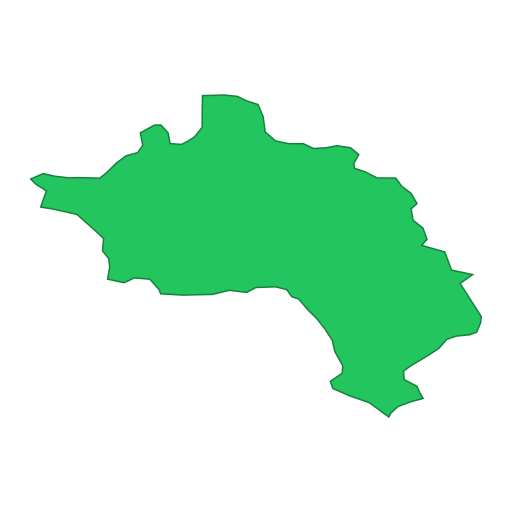 Örebro, Orebro, Sweden
{"feature_id": "70781695B32779810801713", "entity_name": "Örebro", "entity_type": "district", "adm_level": 2, "iso_a3": "SWE", "parent_name": "Sweden", "parent_adm1": "Orebro", "projection": "robinson", "projection_center": [15.349, 59.26], "detail": "fine", "context": "isolated", "style": "filled", "palette": "green", "viewbox_px": 512, "rotation_deg": 0, "n_neighbors": 0, "source": "geoboundaries", "source_scale": "gbopen_adm2", "svg_char_len": 1437}
<svg xmlns="http://www.w3.org/2000/svg" viewBox="0 0 512 512"><path d="M423.1,398.4L420.1,393.3L416.8,386.2L404.2,379.6L403.5,371.1L410.8,365.8L429.3,354.7L439.1,348.1L447.0,339.2L456.3,336.1L470.1,334.7L476.7,332.1L480.6,322.8L481.3,316.6L464.2,289.8L460.2,283.6L460.1,283.4L472.6,274.6L451.5,270.1L444.8,252.0L421.7,245.4L427.0,239.3L423.0,228.2L413.1,220.3L411.1,208.8L417.0,203.6L411.1,193.4L401.9,186.4L395.6,178.0L377.3,178.0L365.0,171.8L354.7,168.4L353.7,163.6L358.8,154.6L350.6,147.8L337.2,145.7L325.9,147.8L313.5,148.5L303.3,143.7L288.9,143.7L275.5,140.9L265.2,132.0L263.2,116.9L258.1,104.6L245.7,100.5L237.5,96.4L224.2,95.0L202.5,95.6L202.2,113.3L202.2,127.3L194.6,136.8L188.2,141.0L181.5,144.4L170.1,143.6L168.1,132.9L160.9,125.0L154.6,125.0L140.3,132.9L142.8,145.3L137.7,152.6L125.9,155.9L116.2,163.2L106.5,172.8L99.7,178.2L79.1,177.6L69.0,177.9L54.7,176.2L43.3,173.6L30.7,179.0L35.9,184.2L46.4,190.8L40.7,207.1L52.2,208.9L76.9,214.4L93.3,228.9L103.6,238.5L102.5,250.9L108.7,258.5L109.7,266.8L107.6,279.2L124.1,282.7L134.4,277.9L149.8,279.2L159.1,289.6L160.6,293.8L182.8,295.1L212.7,294.4L229.1,290.3L246.7,292.4L255.9,287.5L275.5,286.8L286.8,289.6L291.7,296.7L298.5,298.9L308.4,310.4L317.0,318.8L324.9,329.0L332.2,340.1L334.9,351.6L342.8,365.8L342.1,373.3L330.3,381.3L332.9,388.5L350.1,396.0L369.3,402.7L388.8,417.0L390.6,413.4L397.8,406.6L410.7,401.8L423.1,398.4Z" fill="#22c55e" stroke="#15803d" stroke-width="1.5"/></svg>